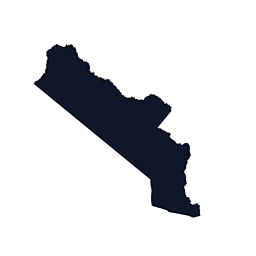 Malai, Bântéay Méanchey, Cambodia, rotated 40°
{"feature_id": "14789045B32583136425943", "entity_name": "Malai", "entity_type": "district", "adm_level": 2, "iso_a3": "KHM", "parent_name": "Cambodia", "parent_adm1": "Bântéay Méanchey", "projection": "natural_earth1", "projection_center": [102.55, 13.526], "detail": "fine", "context": "isolated", "style": "filled", "palette": "ink", "viewbox_px": 256, "rotation_deg": 40, "n_neighbors": 0, "source": "geoboundaries", "source_scale": "gbopen_adm2", "svg_char_len": 5844}
<svg xmlns="http://www.w3.org/2000/svg" viewBox="0 0 256 256"><g transform="rotate(40 128 128)"><path d="M235.3,154.0L238.8,148.8L236.4,146.8L236.1,145.8L234.2,144.4L232.5,142.0L231.0,142.7L230.6,141.9L229.7,141.9L229.3,142.3L228.7,144.2L228.0,144.7L227.3,146.1L225.8,146.1L225.3,146.5L223.3,145.9L222.6,145.2L222.8,144.2L221.0,143.8L220.6,143.9L219.8,142.9L219.4,143.3L219.0,142.9L218.5,143.1L217.9,144.0L217.5,144.1L216.5,143.7L216.0,143.2L214.6,142.6L213.4,141.4L212.7,141.3L211.6,139.8L210.9,139.5L210.2,138.8L207.9,137.7L208.0,135.6L208.2,134.8L208.0,134.5L208.0,133.1L207.5,133.0L206.9,132.2L206.1,132.5L205.9,132.3L205.6,131.2L205.1,130.7L204.1,130.4L203.9,130.0L203.9,129.1L203.5,129.1L203.0,128.7L202.6,128.1L201.5,127.6L201.1,127.1L199.4,126.7L198.7,127.1L198.2,126.7L198.5,125.3L197.9,124.5L197.7,123.4L197.7,122.9L197.9,122.8L197.5,121.6L196.3,120.1L195.8,118.7L195.4,118.3L195.5,117.0L193.6,115.0L193.6,111.3L193.4,110.9L192.7,110.4L192.7,109.8L193.0,109.3L192.3,109.2L192.2,109.0L192.3,108.5L191.7,108.0L191.0,108.2L190.7,107.4L190.3,107.6L190.4,107.9L190.2,108.5L189.8,108.6L189.5,108.5L189.8,107.6L189.6,106.3L189.1,106.1L188.7,105.7L188.3,106.5L187.8,106.6L187.6,106.2L187.9,105.0L188.2,104.9L188.3,104.5L187.8,104.0L187.2,104.0L186.7,103.0L186.0,102.5L185.6,103.0L184.6,102.1L183.7,102.0L183.6,102.9L183.2,103.3L182.6,102.7L182.2,103.0L181.6,104.3L181.4,105.2L181.6,105.5L180.9,106.7L179.8,107.2L177.9,107.0L176.9,108.5L175.0,109.5L174.5,109.5L174.1,109.0L172.5,108.7L169.2,109.0L168.8,109.2L167.4,109.1L166.9,108.8L166.1,109.4L165.7,109.4L164.5,107.6L164.3,106.9L164.2,105.8L163.6,105.5L160.6,107.1L157.7,107.3L156.1,108.1L153.8,107.9L151.0,109.8L149.7,109.8L149.5,87.6L149.2,87.5L149.1,86.9L148.2,86.4L147.7,86.4L147.6,84.8L146.8,85.2L146.7,84.9L146.3,85.0L145.6,84.8L145.2,85.3L144.8,85.3L144.7,84.9L144.5,85.2L143.7,85.5L142.5,84.9L141.8,84.9L141.9,85.8L140.8,86.6L139.5,86.4L139.1,85.8L138.8,85.7L137.8,86.0L136.6,85.5L136.4,85.8L135.1,85.8L134.9,85.1L134.4,85.0L132.6,85.4L132.0,86.0L131.0,85.3L128.9,86.0L127.0,86.2L126.3,86.6L125.8,87.3L124.8,87.5L124.2,88.0L123.8,88.8L124.1,89.9L124.1,90.9L123.0,91.4L122.2,93.9L122.6,95.0L122.5,95.3L122.6,96.8L121.6,97.8L120.7,98.1L120.5,98.4L120.0,98.4L119.3,99.9L119.3,100.3L118.9,100.6L117.9,100.3L117.5,100.6L116.5,100.7L115.6,101.4L115.4,102.0L115.0,102.4L114.7,102.3L114.2,101.8L113.9,101.6L113.4,101.2L112.1,102.6L111.9,102.2L111.3,102.2L111.4,102.9L110.9,103.7L109.1,105.2L109.6,105.5L109.4,105.7L108.5,106.0L108.1,106.5L107.3,106.3L107.0,106.8L106.5,106.5L106.3,106.9L106.1,106.8L105.7,107.2L105.3,107.4L104.9,107.3L104.8,106.9L104.4,107.1L104.1,106.9L104.0,106.5L103.7,106.5L103.6,106.8L103.8,107.2L103.3,107.9L103.0,107.9L102.8,107.2L102.1,107.7L100.8,106.6L99.8,106.6L99.9,106.1L98.9,106.3L97.3,105.6L97.0,105.7L96.1,105.4L96.2,106.0L95.7,106.4L95.7,106.1L94.9,105.6L94.5,105.6L94.6,105.9L94.2,106.0L93.4,105.2L91.6,104.5L91.1,104.5L90.6,105.1L89.9,105.4L89.0,105.1L88.7,104.7L87.8,104.6L87.6,104.2L86.9,104.0L86.0,104.4L85.5,104.2L84.1,104.7L83.8,104.6L83.6,104.1L83.1,104.0L82.9,104.2L82.5,103.7L82.0,104.7L81.6,104.3L81.1,104.3L81.2,105.0L80.5,106.3L80.2,106.4L80.1,106.1L79.4,106.7L79.0,106.8L78.8,107.7L77.8,107.4L77.9,107.0L77.8,106.5L76.5,107.5L76.0,107.3L75.3,107.5L74.9,107.2L74.6,108.1L73.9,108.3L73.1,109.2L72.3,108.8L71.3,108.9L70.8,108.6L70.4,109.4L70.2,109.2L69.5,109.7L68.6,109.7L67.4,109.4L66.7,109.9L66.5,109.5L66.6,108.5L66.4,108.2L66.0,108.8L65.4,108.8L65.0,109.8L64.4,109.9L64.1,110.4L63.0,109.7L62.1,109.4L61.8,109.6L61.3,109.0L60.6,109.2L60.4,108.3L59.6,107.6L59.9,107.3L59.5,107.2L59.4,106.8L58.8,106.9L58.8,106.2L57.9,106.0L58.1,105.5L57.8,105.2L57.1,105.3L56.1,104.4L55.0,104.5L54.7,104.7L54.9,105.1L53.5,104.6L53.4,104.8L53.6,105.0L53.3,105.6L52.0,105.6L51.9,106.3L51.4,106.3L51.3,106.6L50.2,106.3L50.0,105.9L49.1,105.6L48.9,106.0L47.9,106.1L47.9,106.4L46.6,106.6L46.5,106.9L45.7,106.4L45.4,106.8L44.9,106.3L43.4,106.5L43.1,105.8L42.6,106.0L42.2,104.8L41.6,104.4L41.2,104.4L41.0,103.9L40.8,103.8L40.7,104.2L40.4,104.1L40.4,103.7L40.0,103.7L39.8,103.9L39.0,104.0L38.3,103.2L38.3,102.6L38.0,102.6L37.6,102.3L37.2,102.5L37.0,101.6L35.8,101.0L35.6,101.1L35.3,102.0L34.7,102.4L33.7,102.3L34.0,101.9L33.9,101.6L33.3,101.6L32.7,101.1L31.9,100.9L31.0,101.2L30.5,102.0L30.8,102.5L30.3,103.2L29.5,103.7L29.3,103.6L28.9,104.5L28.2,104.4L28.8,105.3L28.7,105.6L28.3,105.5L28.2,105.8L28.6,106.0L28.3,106.3L28.3,106.8L28.6,106.9L28.5,107.7L28.3,107.7L28.2,107.4L27.6,107.6L27.6,107.2L26.8,108.1L26.9,108.5L26.1,108.3L25.4,108.8L24.8,108.7L22.9,109.7L22.6,109.6L22.2,109.9L21.1,110.0L21.1,110.6L20.8,110.6L20.9,111.0L20.0,110.4L19.9,111.5L19.1,112.1L19.1,112.9L19.5,112.8L19.5,113.2L18.9,113.9L18.8,114.3L19.5,114.4L19.4,114.8L18.9,115.7L18.6,115.4L18.5,115.6L18.8,116.2L18.8,117.4L19.1,117.6L18.4,118.1L17.9,118.2L17.9,118.5L17.2,120.3L17.4,120.5L17.7,120.4L17.8,121.0L17.4,121.4L17.2,122.0L18.0,122.1L18.1,122.8L18.4,123.3L18.8,123.4L19.4,124.5L19.7,124.6L20.0,124.3L20.6,124.5L21.5,125.3L21.7,125.2L22.3,126.1L22.8,126.1L23.1,126.7L22.9,127.3L22.9,127.6L23.4,127.6L23.3,128.3L23.5,129.1L24.5,128.9L24.6,129.1L24.3,129.9L24.9,130.7L24.9,131.5L25.7,131.9L26.7,133.5L27.6,134.1L27.8,134.8L28.4,135.4L28.3,135.9L27.8,136.1L28.3,136.7L28.8,137.7L29.1,137.8L29.3,137.5L29.9,138.0L30.2,138.0L30.5,138.9L30.4,139.3L29.7,139.1L29.1,140.3L29.1,141.5L29.8,142.0L29.9,142.4L29.8,143.1L29.4,143.1L29.6,143.9L29.3,145.3L30.2,145.9L30.0,146.8L29.2,147.6L29.5,148.5L29.3,150.0L28.6,150.2L28.4,151.2L27.6,152.4L28.0,153.1L28.0,154.0L178.8,152.3L180.1,154.2L181.7,155.9L186.7,160.1L189.8,164.5L193.0,168.4L195.7,170.8L196.6,171.2L198.4,170.7L200.0,169.5L201.4,169.3L202.7,168.6L203.5,168.1L203.7,167.5L204.9,167.7L206.2,166.9L207.8,166.5L208.4,166.0L209.8,165.6L211.8,165.2L213.0,165.4L229.9,155.9L235.3,154.0Z" fill="#0f172a" stroke="#020617" stroke-width="1.5"/></g></svg>